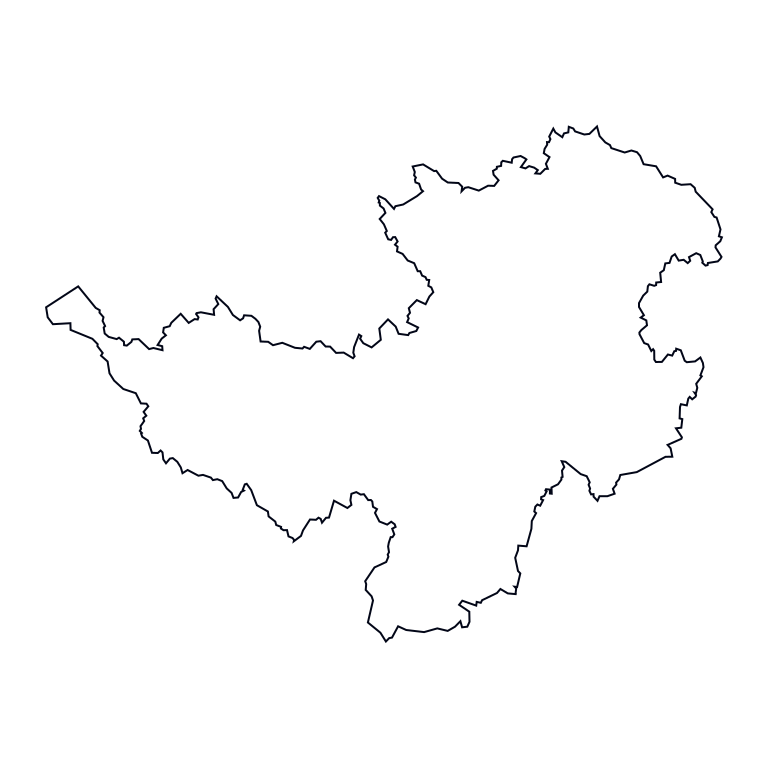 the district of Kells Lea-7, Meath, Ireland
{"feature_id": "5873133B57214711560854", "entity_name": "Kells Lea-7", "entity_type": "district", "adm_level": 2, "iso_a3": "IRL", "parent_name": "Ireland", "parent_adm1": "Meath", "projection": "mercator", "projection_center": [-6.928, 53.748], "detail": "fine", "context": "isolated", "style": "outline", "palette": "ink", "viewbox_px": 768, "rotation_deg": 0, "n_neighbors": 0, "source": "geoboundaries", "source_scale": "gbopen_adm2", "svg_char_len": 6115}
<svg xmlns="http://www.w3.org/2000/svg" viewBox="0 0 768 768"><path d="M367.9,622.5L380.4,632.7L385.9,641.5L389.2,638.1L392.0,637.6L398.1,626.3L406.2,630.0L424.1,632.1L437.3,628.4L447.7,630.9L455.0,626.7L460.4,621.2L462.1,627.3L467.3,626.7L469.5,621.8L469.3,611.7L459.1,604.8L462.3,600.7L476.2,605.6L476.7,601.9L480.8,602.8L482.1,600.2L497.0,593.0L500.4,589.0L507.8,593.4L516.6,594.2L515.5,593.9L516.2,588.5L514.6,586.7L517.1,587.0L520.3,573.4L518.0,571.0L515.2,557.8L518.0,550.3L518.3,545.6L526.6,546.3L531.4,528.8L531.8,521.0L536.1,513.1L534.3,511.5L535.3,506.7L537.4,504.5L540.2,505.7L543.1,500.1L541.1,499.3L541.2,497.1L544.3,495.9L546.6,491.4L545.4,490.5L546.0,489.2L550.0,489.6L549.9,493.5L551.7,493.7L551.5,487.5L558.0,484.3L561.4,479.6L561.4,477.5L562.6,476.9L562.0,470.6L564.3,467.1L561.7,461.2L565.6,461.8L580.7,474.1L586.7,476.2L589.7,482.3L588.6,484.8L590.1,488.5L589.4,490.8L591.1,494.4L593.5,494.1L593.6,496.7L597.5,500.8L599.5,496.2L607.4,496.2L614.6,493.7L612.9,488.8L616.4,484.6L616.1,482.6L619.0,479.4L620.3,475.0L636.8,472.1L665.5,456.8L672.3,456.7L670.6,448.3L667.6,444.9L681.4,438.8L681.9,437.3L676.0,428.3L681.3,427.7L682.3,419.1L679.6,418.4L680.0,407.0L680.9,404.2L686.8,405.4L688.3,398.6L689.7,396.9L692.2,399.3L695.6,396.6L696.1,395.1L694.6,392.8L695.9,393.3L697.3,387.8L696.2,383.8L701.8,376.3L700.4,375.4L703.5,367.2L702.9,363.0L700.4,357.5L695.1,361.4L686.8,362.2L684.7,360.7L680.8,350.3L676.2,348.7L676.0,350.9L674.3,351.2L672.2,355.6L667.9,354.5L661.9,361.9L655.9,362.0L654.3,359.6L654.2,350.8L653.1,349.2L651.3,351.0L648.1,344.5L644.2,343.1L639.5,334.2L639.4,332.5L641.3,330.1L647.0,325.3L646.3,320.4L640.7,317.6L643.9,315.2L639.0,307.0L639.0,303.1L643.2,295.6L647.3,291.6L647.9,286.2L649.4,284.3L654.2,285.8L656.1,285.1L656.2,282.5L661.1,282.0L660.2,272.7L663.8,270.2L665.3,263.4L669.5,262.9L671.7,256.5L674.9,254.2L678.7,260.6L683.7,259.8L687.7,263.1L690.2,260.8L689.0,257.1L696.2,253.2L700.3,255.0L702.8,261.4L702.3,262.7L705.5,265.6L707.6,265.1L707.9,263.0L717.8,261.4L720.5,258.6L721.5,256.9L715.5,247.4L715.7,245.3L720.3,241.2L721.9,237.3L718.9,236.3L720.5,229.4L716.6,217.5L714.4,216.9L711.3,212.1L712.6,209.3L695.7,191.7L694.7,187.8L690.6,184.2L681.3,184.8L675.2,182.7L675.1,178.9L667.6,175.6L663.1,177.4L656.1,166.3L643.6,164.2L640.2,156.0L637.0,152.2L631.4,150.5L624.7,152.5L611.3,148.1L610.0,145.1L605.3,142.4L599.6,136.1L597.0,126.5L589.4,133.9L584.3,134.5L575.1,131.4L573.3,128.5L568.8,126.8L568.3,132.4L564.0,133.4L562.3,137.2L555.4,132.4L553.3,128.6L549.2,136.6L550.4,139.1L549.0,142.2L547.0,142.1L547.2,144.7L544.6,148.9L543.8,153.2L549.5,157.1L545.9,163.8L547.8,168.8L545.2,168.9L540.3,173.8L535.4,173.4L537.8,170.1L534.1,167.6L529.1,166.1L525.5,168.4L520.9,167.1L526.4,159.4L524.7,158.2L520.6,156.0L513.5,157.5L512.1,159.2L511.7,162.7L502.8,160.8L501.3,162.3L501.1,165.9L496.9,166.8L496.8,168.7L493.0,170.9L493.6,174.7L498.6,180.3L494.2,185.9L488.1,185.7L478.8,190.6L468.3,187.2L465.0,187.8L461.6,191.3L462.2,186.7L458.5,183.0L447.8,182.5L442.1,178.7L436.3,170.8L434.1,171.1L423.1,164.4L412.7,166.5L414.8,172.0L414.1,175.3L415.9,177.6L414.9,179.6L415.5,182.4L419.1,183.7L421.1,189.5L423.0,191.2L417.0,196.1L403.2,204.5L395.4,206.2L394.0,208.9L385.3,199.3L379.0,196.1L377.7,197.9L379.3,200.7L378.7,202.5L379.8,202.9L379.9,205.6L383.6,208.5L385.4,212.9L379.7,219.0L383.9,224.3L386.8,231.0L385.2,232.7L388.2,239.3L391.1,239.9L393.0,237.2L395.2,237.1L397.6,241.5L395.0,244.7L397.6,246.7L397.0,251.4L402.6,253.9L407.7,260.5L414.2,263.2L417.7,271.2L420.2,271.2L422.1,275.6L425.5,277.1L426.7,279.8L429.2,280.0L428.3,285.8L431.3,287.4L433.3,292.2L429.4,296.5L425.6,304.2L416.8,300.1L408.8,308.2L410.0,312.8L407.5,315.9L408.7,318.4L407.1,322.1L418.1,327.5L416.3,331.0L409.4,333.0L408.2,335.1L398.6,333.8L395.7,326.6L388.0,319.4L379.3,328.5L380.8,339.8L371.6,347.4L363.3,343.2L360.1,338.7L361.3,336.1L359.0,334.6L354.1,347.1L353.3,352.7L354.6,356.3L353.0,358.2L343.7,352.6L336.1,352.9L330.1,346.6L325.6,346.5L320.6,341.2L316.3,341.7L309.8,348.9L304.1,346.8L302.5,348.5L295.0,347.8L282.3,342.8L273.0,345.2L268.2,341.8L260.6,341.5L259.1,330.8L260.2,326.7L258.4,322.0L255.4,318.8L251.4,315.8L244.1,315.3L243.1,318.3L240.1,320.3L232.9,315.0L227.9,306.9L216.6,296.3L215.6,298.6L218.3,304.1L213.6,309.2L214.1,314.8L200.9,312.3L196.6,313.1L196.1,314.0L198.5,317.3L197.7,319.5L194.6,319.1L188.7,322.9L180.7,313.8L171.3,322.8L169.7,326.2L163.8,327.8L163.1,332.4L165.9,335.3L161.7,338.6L157.6,345.0L162.2,346.2L162.5,350.2L153.4,348.0L149.1,349.1L138.6,339.1L132.3,339.4L131.4,341.9L126.8,345.6L124.1,345.2L123.9,341.7L119.0,337.7L116.7,339.1L108.7,336.9L104.7,333.5L103.7,327.5L105.1,326.1L102.6,320.9L103.5,317.2L99.5,312.6L99.7,310.2L95.7,307.9L78.2,286.4L46.1,307.3L47.7,317.3L52.9,324.2L70.4,323.2L70.6,329.9L92.4,338.8L97.7,344.2L97.4,346.1L102.7,353.0L101.0,355.6L107.6,361.5L109.5,373.3L114.1,380.6L123.3,389.0L135.8,393.2L140.9,403.4L146.5,403.7L148.3,406.3L143.6,411.9L146.3,415.7L143.2,418.3L144.2,421.0L140.5,426.2L141.0,428.9L139.8,430.9L141.9,433.0L141.1,433.6L142.3,436.8L147.9,440.5L152.0,452.8L157.8,453.0L160.6,450.5L162.5,452.4L163.3,459.4L166.0,463.3L169.9,458.6L172.8,458.1L177.3,461.8L180.8,467.4L182.5,473.2L187.6,470.0L198.4,475.7L203.0,474.9L210.9,477.6L212.9,480.1L217.3,479.2L222.2,481.1L226.7,488.4L231.6,492.9L233.5,497.9L238.1,497.5L241.1,492.0L243.9,490.6L242.7,489.9L244.8,484.4L246.7,483.8L251.2,490.1L256.9,505.2L267.9,511.5L268.6,516.4L275.3,521.6L276.2,525.0L281.1,526.9L280.9,528.5L283.5,530.2L287.0,530.1L288.5,536.4L292.5,538.0L294.1,539.9L293.8,541.3L301.0,535.9L303.0,530.4L310.0,519.5L316.0,519.8L318.5,517.7L320.7,518.9L322.0,522.7L326.0,517.8L329.0,517.6L334.0,500.7L347.4,508.0L351.4,504.9L350.4,500.2L351.4,493.8L356.3,492.1L360.7,494.6L363.9,494.2L368.2,500.1L370.9,500.0L372.3,501.5L373.0,506.8L377.0,509.1L375.0,512.9L379.4,521.5L387.2,524.6L391.2,521.7L394.7,524.3L395.6,526.9L392.2,528.7L394.3,534.4L392.5,537.1L390.7,537.1L388.8,542.7L388.1,546.5L389.0,552.2L387.7,554.6L388.4,556.7L386.2,562.0L374.5,567.4L365.2,581.2L366.2,584.1L365.7,589.9L371.6,596.3L373.0,600.5L367.9,622.5Z" fill="none" stroke="#020617" stroke-width="2"/></svg>